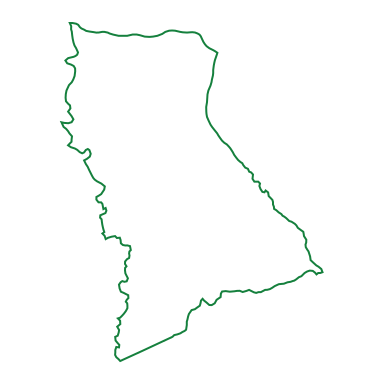 Itaí, São Paulo, Brazil
{"feature_id": "56859067B26422761030240", "entity_name": "Itaí", "entity_type": "district", "adm_level": 2, "iso_a3": "BRA", "parent_name": "Brazil", "parent_adm1": "São Paulo", "projection": "albers", "projection_center": [-49.058, -23.483], "detail": "fine", "context": "isolated", "style": "outline", "palette": "green", "viewbox_px": 384, "rotation_deg": 0, "n_neighbors": 0, "source": "geoboundaries", "source_scale": "gbopen_adm2", "svg_char_len": 4250}
<svg xmlns="http://www.w3.org/2000/svg" viewBox="0 0 384 384"><path d="M107.8,32.6L104.5,31.9L102.0,31.9L98.9,32.5L96.3,32.6L93.5,32.1L91.3,31.8L89.3,31.5L86.2,30.9L84.0,29.6L81.5,28.5L79.9,27.2L78.2,24.8L76.1,23.7L72.4,23.0L69.8,23.0L71.2,26.2L71.1,29.3L71.8,31.6L72.2,35.4L72.7,38.8L73.5,42.5L74.5,45.5L76.1,48.2L78.0,52.4L77.2,54.7L75.5,56.0L73.7,56.8L68.2,58.1L65.4,60.5L67.2,63.3L71.1,64.6L73.7,66.0L75.1,68.4L75.2,71.2L74.6,76.0L73.3,79.4L71.8,82.2L69.0,85.1L66.5,90.5L65.8,94.1L65.6,97.8L66.0,101.3L68.1,103.7L70.0,105.4L70.4,108.4L68.1,111.6L71.5,116.0L73.4,119.3L71.6,122.2L68.3,123.2L64.2,122.9L61.5,122.3L63.6,126.9L66.2,128.9L68.2,131.3L69.4,133.3L72.0,136.3L71.6,139.4L71.5,141.8L69.8,143.5L68.1,145.3L70.9,147.2L74.9,148.5L77.3,149.9L79.7,152.1L82.2,153.3L84.1,152.4L85.8,150.0L87.8,149.0L89.4,150.1L90.7,153.8L89.8,156.6L86.9,158.9L84.1,160.4L85.9,164.1L87.7,166.8L89.1,169.9L92.0,175.7L93.3,178.0L94.7,179.6L97.0,181.3L101.4,183.6L104.8,186.4L104.2,189.6L101.2,194.1L98.9,195.6L96.4,197.0L96.4,199.6L98.5,202.3L101.2,202.4L102.4,203.9L103.4,209.1L105.6,208.0L106.4,210.7L105.4,213.1L100.3,215.3L100.1,217.7L101.6,219.3L101.9,221.9L102.3,224.6L102.9,227.4L103.5,229.7L104.3,232.1L102.4,233.5L104.6,235.8L105.7,239.1L108.0,237.8L111.6,236.7L115.1,236.1L116.9,238.0L119.8,237.7L120.6,240.1L120.9,243.3L122.9,245.0L125.4,245.5L127.3,245.4L130.0,246.1L130.8,250.1L129.4,251.5L129.1,253.5L129.5,255.5L129.1,258.0L127.0,259.2L125.1,261.5L125.0,263.9L126.5,266.3L125.1,267.9L125.0,270.3L125.4,273.4L126.5,275.6L127.9,278.3L126.7,281.3L124.4,281.8L122.3,281.1L120.7,282.2L119.0,284.6L119.6,288.4L120.9,291.7L123.7,292.9L125.8,294.0L128.2,295.2L128.4,298.1L126.8,299.7L125.8,301.7L127.2,303.3L127.4,305.5L127.4,308.2L125.9,311.0L123.9,313.7L122.1,315.7L120.1,317.7L117.9,318.4L120.1,320.7L120.3,324.1L117.2,326.7L119.1,330.0L118.7,332.5L117.7,335.7L115.2,336.9L115.6,340.6L117.6,343.0L119.3,344.9L119.0,347.4L116.3,347.0L115.3,350.0L115.3,352.5L115.1,354.9L116.3,357.2L118.5,359.1L120.2,361.0L142.5,350.8L172.5,336.8L174.2,335.1L177.3,334.4L180.4,333.3L182.4,332.0L184.5,331.0L186.1,329.7L186.8,325.0L186.8,321.6L187.4,319.7L188.1,316.5L188.9,314.0L191.6,310.1L194.9,309.2L197.2,307.5L199.8,305.7L200.5,303.3L201.0,300.6L202.6,298.8L204.1,300.6L206.5,302.5L209.3,305.0L211.7,305.1L214.7,303.3L216.6,299.8L220.6,297.1L220.9,293.6L222.1,291.5L225.7,291.1L229.8,291.7L234.3,291.3L236.9,290.9L239.7,290.8L242.7,292.0L246.5,290.9L249.1,289.9L253.9,292.3L256.2,292.9L258.6,292.1L260.9,292.1L265.1,289.9L267.2,289.8L269.9,289.1L272.2,287.8L274.7,286.1L278.8,284.2L281.7,283.9L283.9,283.7L287.5,282.3L290.6,281.8L292.5,281.1L294.3,280.6L296.3,279.3L298.9,277.2L301.4,276.2L304.6,273.0L307.1,271.5L309.8,270.6L312.8,270.9L315.1,272.7L316.5,274.4L318.2,273.0L320.2,273.0L322.5,272.2L321.3,269.0L318.5,266.7L316.3,265.4L312.8,262.2L310.6,260.1L310.1,256.4L308.5,251.4L307.3,249.7L305.8,247.2L305.5,244.6L306.2,242.5L306.3,239.7L304.0,236.1L303.7,234.0L303.3,231.8L300.5,229.8L297.8,227.8L296.4,225.4L294.8,223.8L291.5,221.7L289.2,221.0L286.2,218.1L284.2,216.6L282.5,215.7L281.4,214.1L278.7,212.4L276.3,210.2L274.1,208.9L273.9,206.7L273.0,204.5L273.0,202.0L272.4,199.9L270.4,197.8L268.7,196.1L268.1,192.4L265.6,190.5L264.5,192.3L262.4,191.9L260.5,189.0L259.4,186.0L260.0,183.5L258.3,181.7L254.4,181.7L252.5,178.8L253.0,174.5L251.1,172.4L249.2,171.7L247.9,168.8L245.2,167.6L243.2,165.0L242.3,163.2L240.4,162.0L238.1,160.0L236.2,157.6L234.2,154.9L232.8,152.2L231.6,150.3L230.3,148.3L228.8,146.5L226.8,144.4L224.3,142.8L222.0,140.6L219.9,137.7L218.2,135.2L217.2,133.4L214.7,130.3L212.1,127.0L210.5,124.6L208.6,120.6L207.0,116.9L206.5,114.0L206.3,111.6L206.2,107.0L207.0,102.2L207.5,94.4L208.4,90.5L210.5,85.6L211.5,82.2L211.9,79.7L212.9,75.6L213.2,73.1L213.2,70.0L213.8,65.4L214.3,62.8L214.9,60.2L216.7,55.0L217.4,52.8L215.2,51.3L213.5,50.3L209.3,48.2L206.6,46.2L204.9,44.2L203.4,41.9L201.8,38.5L200.8,36.3L199.5,34.6L197.6,33.5L195.0,32.5L192.3,32.2L190.4,32.3L187.9,32.5L185.9,32.5L182.8,32.3L180.3,31.9L175.1,30.7L172.1,30.5L169.1,30.7L165.3,31.9L162.3,33.9L157.4,35.8L153.0,36.6L149.5,36.9L144.7,36.6L139.9,35.2L136.5,34.5L132.8,34.5L127.2,35.8L123.3,35.8L118.6,35.8L113.2,34.6L109.6,33.5L107.8,32.6Z" fill="none" stroke="#15803d" stroke-width="2"/></svg>